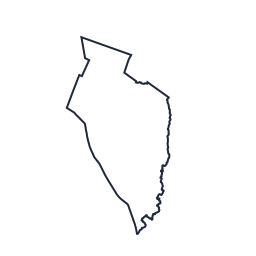 the district of Ezeiza, Buenos Aires, Argentina, rotated 158°
{"feature_id": "61730980B4318709030653", "entity_name": "Ezeiza", "entity_type": "district", "adm_level": 2, "iso_a3": "ARG", "parent_name": "Argentina", "parent_adm1": "Buenos Aires", "projection": "natural_earth1", "projection_center": [-58.584, -34.874], "detail": "fine", "context": "isolated", "style": "outline", "palette": "slate", "viewbox_px": 256, "rotation_deg": 158, "n_neighbors": 0, "source": "geoboundaries", "source_scale": "gbopen_adm2", "svg_char_len": 5434}
<svg xmlns="http://www.w3.org/2000/svg" viewBox="0 0 256 256"><g transform="rotate(158 128 128)"><path d="M78.8,141.1L92.8,163.2L93.7,162.0L94.5,162.6L95.4,162.9L95.6,163.1L96.0,163.1L96.2,162.9L96.3,162.9L96.6,163.0L97.0,163.1L97.6,163.6L98.2,163.8L98.6,164.2L99.0,164.6L99.1,164.8L99.0,165.0L98.9,165.2L99.0,165.3L99.3,165.6L99.6,165.6L99.8,165.8L100.2,166.2L100.3,166.3L100.9,166.0L101.1,166.0L101.4,166.1L101.6,166.2L102.0,166.3L102.3,166.5L103.0,166.7L103.2,166.9L103.6,167.3L102.9,168.3L110.7,180.7L106.6,185.5L101.6,191.4L100.5,192.2L97.7,194.5L120.9,215.1L137.2,229.6L141.6,208.8L138.6,205.5L151.3,193.4L153.3,195.4L164.1,183.9L177.2,169.6L172.0,162.3L171.4,160.3L168.6,153.7L166.6,148.9L166.4,148.1L166.5,147.2L168.0,140.7L168.0,140.0L169.4,133.8L170.5,124.8L170.5,120.4L170.3,118.1L170.2,114.3L169.9,112.5L167.9,105.7L167.7,103.4L167.6,102.5L166.9,93.5L166.4,89.5L163.5,72.2L163.2,70.5L162.4,67.9L161.9,66.6L161.3,65.2L160.2,63.2L157.4,58.4L157.1,57.7L156.9,57.0L156.8,56.3L156.8,55.7L157.7,36.4L157.9,34.3L158.2,32.2L158.8,28.8L159.3,26.5L158.9,26.4L158.6,26.4L158.3,26.4L158.1,26.5L156.4,27.7L155.5,28.6L155.0,28.9L154.6,29.0L154.0,28.9L153.7,28.9L153.2,29.1L153.0,29.4L152.8,29.8L152.6,30.1L152.3,30.1L151.4,29.9L149.6,29.9L149.2,30.1L148.7,30.6L148.2,30.8L148.0,31.1L147.9,31.6L148.0,32.3L148.2,32.7L148.2,33.1L148.2,33.6L148.1,34.0L148.3,34.4L148.6,34.5L148.8,34.7L149.4,35.5L149.1,36.1L149.1,36.4L149.2,36.7L149.3,36.9L149.7,37.0L149.8,37.2L149.9,37.4L149.0,38.5L148.6,38.8L148.3,38.9L147.7,38.7L147.4,38.8L146.9,39.2L146.1,39.6L145.8,39.7L145.3,39.7L144.8,39.4L144.7,39.5L144.4,39.7L143.9,40.3L143.6,40.3L143.4,40.2L143.4,39.8L143.6,39.6L143.6,39.4L143.5,39.0L143.4,38.6L143.2,38.3L142.4,37.4L142.3,37.2L142.3,36.9L142.2,36.6L141.8,36.3L141.7,36.2L141.5,35.7L141.3,35.6L141.1,35.6L140.7,35.7L140.2,35.5L140.1,35.3L140.1,34.9L140.4,34.5L140.4,34.3L140.3,34.1L140.1,34.0L139.9,34.0L139.7,34.1L139.5,34.3L139.0,35.4L138.9,36.0L138.5,36.6L138.3,37.2L137.6,37.7L136.9,38.8L136.6,38.8L136.2,38.7L135.5,38.0L135.3,38.0L135.2,38.0L135.0,38.3L134.6,38.8L134.3,38.9L133.6,38.8L132.5,38.9L131.4,38.9L131.2,38.9L130.7,39.1L130.4,39.3L130.2,39.7L129.8,40.0L129.7,40.1L129.6,40.3L129.6,40.5L129.6,41.1L129.7,41.5L129.2,42.1L129.1,42.3L129.0,42.5L129.2,43.3L129.4,43.7L129.8,44.2L130.0,44.5L130.1,45.2L130.1,45.3L129.9,45.4L129.7,45.5L129.5,45.4L129.1,45.2L128.9,45.2L128.7,45.3L128.4,46.0L128.1,46.2L127.2,46.2L126.4,46.0L126.1,46.2L126.0,46.4L126.0,46.8L125.9,47.0L125.6,47.4L125.6,47.6L125.6,48.1L125.7,48.5L126.2,48.8L126.3,49.2L126.1,50.0L125.6,50.3L125.5,50.5L125.4,50.8L125.6,51.0L125.8,51.0L126.0,51.0L126.5,50.8L126.7,50.7L126.8,50.8L127.1,51.0L127.3,51.2L127.4,51.5L127.4,52.3L127.2,52.6L126.3,53.0L125.8,53.3L124.8,54.5L124.5,54.7L123.8,54.9L123.4,54.8L123.2,54.6L122.3,53.5L122.2,53.4L121.8,53.5L121.4,53.9L121.3,54.0L120.6,54.3L120.1,54.7L119.5,55.5L118.4,56.4L118.4,56.6L118.5,56.9L118.6,57.0L119.2,57.1L119.4,57.2L119.7,58.0L119.8,58.3L119.7,58.6L119.5,58.8L119.2,59.1L118.4,60.1L117.9,60.6L117.6,60.9L117.5,61.1L117.5,61.5L117.3,62.6L117.2,64.8L117.3,65.0L117.7,65.2L117.8,65.4L117.8,65.8L117.6,66.2L116.7,67.3L115.8,68.2L115.7,68.4L115.7,68.7L115.9,69.0L116.3,69.3L116.5,69.5L116.4,70.0L116.1,70.2L115.6,70.4L115.1,70.6L114.8,70.8L114.7,70.9L114.7,71.2L114.7,71.4L114.7,71.7L114.5,71.9L113.8,72.5L113.7,72.7L113.6,72.9L113.6,73.2L113.5,73.5L113.4,73.7L113.0,74.0L112.7,74.2L112.6,74.4L112.6,74.7L112.7,74.8L113.3,75.0L113.6,75.3L113.6,75.5L113.4,76.0L113.2,76.1L112.8,76.0L112.7,75.8L112.6,75.5L112.2,75.2L111.8,75.1L111.6,75.2L111.6,75.5L111.8,76.0L111.9,76.4L111.9,76.6L111.8,76.8L111.4,77.0L111.2,77.2L111.2,77.5L111.3,77.7L111.3,77.9L111.0,78.2L110.8,78.8L110.6,79.3L110.4,79.9L110.3,80.1L110.1,80.3L109.9,80.4L109.5,80.3L109.2,80.1L108.9,79.7L108.6,79.2L108.4,79.1L108.2,79.0L107.8,79.0L107.5,79.1L107.1,79.4L106.8,79.6L106.1,79.8L105.9,79.9L105.5,80.7L105.5,80.9L105.3,81.2L105.1,81.3L104.7,81.4L104.2,81.5L103.9,82.2L103.3,82.8L103.0,83.3L102.4,84.0L101.9,84.7L101.7,84.9L101.3,85.0L101.1,85.0L100.9,85.2L100.6,85.7L100.5,85.9L100.4,86.3L100.2,86.7L100.0,87.0L99.6,88.1L99.6,88.3L99.7,88.5L100.1,88.9L100.1,89.5L99.8,90.8L99.6,91.2L99.5,92.1L99.3,92.5L99.3,93.3L99.2,93.8L98.7,94.3L98.2,94.5L98.0,94.9L97.9,95.2L98.0,95.9L97.8,96.2L97.5,97.5L97.3,98.1L97.3,98.5L97.2,98.8L96.7,99.4L96.4,100.0L96.1,100.4L95.9,100.8L95.8,101.2L95.8,101.4L95.4,102.0L95.2,103.0L95.1,103.3L94.8,103.6L94.8,104.2L94.8,105.0L94.7,105.2L94.3,105.8L94.0,105.9L93.5,106.1L93.3,106.2L93.1,106.4L93.0,106.6L92.3,107.2L92.3,107.4L92.4,107.7L92.3,108.0L91.7,109.4L91.5,109.8L91.3,110.4L91.2,110.7L91.4,111.0L91.5,111.5L91.4,112.2L91.3,112.4L90.9,112.5L90.6,112.8L90.4,113.0L90.3,113.4L89.4,114.7L89.1,115.2L88.9,115.4L88.6,115.6L88.1,115.9L87.8,116.3L87.6,116.7L87.5,117.6L87.5,117.9L87.4,118.1L86.8,118.8L86.3,119.3L85.9,119.4L85.7,119.6L85.5,119.8L85.3,120.2L85.3,120.5L85.7,121.5L85.5,122.0L84.9,122.4L84.6,123.1L84.5,123.3L84.1,123.5L83.5,124.1L83.5,124.5L83.6,124.8L83.8,125.2L83.8,125.9L83.7,126.2L83.6,126.6L83.4,126.9L83.1,127.2L83.0,127.5L82.7,128.9L82.6,129.1L82.4,129.3L82.3,129.5L82.4,129.8L82.7,130.3L82.7,130.6L82.5,131.3L82.5,131.5L82.3,132.0L82.0,132.7L81.9,134.1L81.6,134.7L81.6,135.1L81.6,135.5L81.8,136.1L81.8,137.0L81.5,137.4L81.4,137.6L81.2,137.9L81.1,138.5L81.1,138.8L81.2,139.0L81.3,139.1L81.2,139.6L81.0,139.9L80.8,140.1L79.8,140.4L79.3,140.5L78.8,141.1Z" fill="none" stroke="#1e293b" stroke-width="2"/></g></svg>